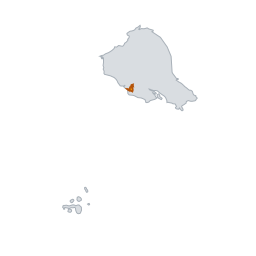 Portoviejo, Manabi, Ecuador shown in context, rotated 292°
{"feature_id": "8360857B28339541752257", "entity_name": "Portoviejo", "entity_type": "district", "adm_level": 2, "iso_a3": "ECU", "parent_name": "Ecuador", "parent_adm1": "Manabi", "projection": "equal_earth", "projection_center": [-80.352, -0.999], "detail": "fine", "context": "in_parent", "style": "filled", "palette": "amber", "viewbox_px": 256, "rotation_deg": 292, "n_neighbors": 0, "source": "geoboundaries", "source_scale": "gbopen_adm2", "svg_char_len": 5608}
<svg xmlns="http://www.w3.org/2000/svg" viewBox="0 0 256 256"><g transform="rotate(292 128 128)"><path d="M227.7,100.7L227.0,101.3L225.3,101.5L224.0,101.0L223.5,101.0L223.4,101.6L225.1,103.0L226.0,105.7L227.2,107.3L227.9,108.1L228.0,108.7L227.7,109.7L227.7,110.6L228.1,114.6L227.8,114.9L226.9,114.9L226.2,114.2L224.2,124.1L217.8,134.0L210.6,141.1L202.3,145.1L196.2,148.0L195.3,149.0L192.3,154.0L192.1,154.5L192.5,155.4L192.6,155.9L192.1,156.3L191.7,156.3L191.6,156.0L191.4,155.4L191.0,154.8L190.6,154.7L190.3,154.8L190.3,155.4L189.7,158.0L189.6,159.4L189.4,159.9L189.4,161.0L188.8,162.1L188.3,163.9L187.8,164.5L187.1,167.3L186.2,170.0L186.1,171.0L186.4,171.7L186.5,172.2L186.1,173.9L184.0,175.6L183.4,176.4L183.2,177.4L183.3,178.1L183.3,178.8L182.6,179.0L181.9,180.6L181.4,181.0L180.0,180.4L179.0,180.4L178.3,179.9L176.7,177.3L176.2,175.7L176.0,173.6L174.5,172.2L172.6,172.5L172.0,172.0L170.6,171.1L169.3,170.1L168.4,169.6L167.7,169.8L166.5,171.5L165.4,172.3L164.9,172.3L164.3,171.8L164.2,171.2L165.8,168.1L164.6,168.1L164.2,167.4L164.1,166.7L163.9,165.8L164.1,164.9L164.8,164.3L165.8,164.8L166.4,164.8L166.9,163.9L167.8,163.2L167.9,162.7L167.5,161.2L167.3,160.4L167.5,159.9L167.4,158.3L167.1,157.7L167.1,156.9L166.9,156.4L166.8,155.3L166.2,154.6L168.2,153.6L168.9,152.8L169.8,152.0L170.6,150.9L171.1,149.8L172.3,144.6L173.4,141.4L173.2,139.8L172.3,137.7L172.1,134.6L172.2,133.7L172.0,133.0L171.4,134.2L171.6,138.8L171.0,140.9L170.3,141.4L169.8,141.0L170.0,137.7L169.5,138.3L168.6,140.5L167.1,142.2L167.0,142.8L166.6,143.5L165.5,142.8L164.6,142.1L161.8,138.4L159.9,137.6L158.8,136.3L158.5,135.7L158.4,135.0L159.5,134.2L160.7,133.1L160.8,130.8L160.8,128.9L159.9,125.8L160.3,121.7L160.1,120.1L159.1,116.7L159.9,115.0L162.5,113.7L163.4,112.9L164.0,110.2L164.6,108.6L165.8,109.2L166.7,109.2L165.4,108.6L164.4,106.1L164.2,105.0L166.2,101.7L167.2,100.8L168.5,99.1L169.6,96.4L169.8,92.2L169.4,89.2L169.0,86.1L169.7,85.2L171.3,84.8L172.6,83.8L173.3,82.9L174.8,83.0L176.6,81.5L179.5,80.8L183.6,79.1L184.4,77.7L184.0,75.0L185.5,76.6L186.2,77.9L188.3,79.3L190.7,81.8L192.3,83.0L194.1,84.2L196.6,85.4L198.2,85.2L198.8,87.1L199.4,87.6L200.9,88.3L201.0,88.5L201.6,92.0L201.9,92.5L203.2,93.0L204.7,93.2L205.3,93.1L206.7,94.1L208.8,94.9L209.6,95.0L209.9,94.8L210.0,94.5L210.7,94.6L211.6,95.0L212.9,95.1L213.7,94.7L213.9,92.7L214.2,92.3L215.1,91.6L215.6,91.7L218.1,93.3L218.6,93.8L219.2,94.9L220.4,96.5L221.7,97.5L223.6,97.9L225.5,99.6L227.7,100.7ZM32.6,98.6L33.3,99.6L33.7,102.6L36.2,105.8L36.5,107.6L36.3,108.4L36.4,108.8L37.6,110.0L38.3,111.3L37.1,114.4L34.3,115.7L31.4,115.7L30.8,115.4L30.0,114.2L29.9,113.1L30.3,112.1L31.8,110.6L34.1,109.2L34.4,108.2L33.5,107.1L32.8,105.1L31.4,103.7L30.7,99.4L30.2,99.1L29.2,99.7L28.7,99.2L28.6,98.9L29.7,97.9L29.9,97.2L31.5,96.9L32.2,97.5L32.6,98.6ZM44.0,111.7L43.4,111.7L41.5,110.1L41.6,108.5L42.4,107.5L44.8,106.9L45.8,107.9L45.7,109.8L44.9,111.2L44.3,111.4L44.0,111.7ZM168.5,147.8L168.3,148.5L167.1,148.4L166.8,148.2L167.1,145.2L167.4,144.2L168.3,143.3L169.1,142.8L170.2,142.9L171.2,143.8L170.0,145.3L169.0,145.7L168.5,147.8ZM30.7,106.5L29.5,106.8L28.4,106.3L28.0,105.4L27.9,104.1L28.0,103.6L30.3,103.2L31.0,104.3L31.0,105.9L30.7,106.5ZM55.2,113.9L53.8,114.6L53.0,114.0L52.9,113.6L53.7,112.6L54.4,112.0L55.1,110.8L56.4,110.1L56.8,110.3L57.0,110.5L57.1,110.9L56.7,111.9L55.9,112.5L55.2,113.9ZM41.1,104.5L40.5,105.0L38.2,104.4L37.5,103.4L38.1,102.1L38.6,101.6L39.9,102.1L41.3,103.5L41.1,104.5ZM42.9,121.0L42.4,121.0L41.8,120.3L42.3,119.0L43.2,119.7L43.5,120.2L42.9,121.0ZM183.4,78.4L182.7,78.5L182.4,77.7L183.3,76.8L183.5,76.6L183.4,78.4Z" fill="#d9dde1" stroke="#a8b0b8" stroke-width="1"/><path d="M168.8,115.7L168.7,115.7L168.4,115.5L168.4,115.4L168.5,115.3L168.5,115.2L168.4,115.2L168.2,115.0L167.9,115.1L167.7,115.2L167.7,115.3L167.6,115.5L167.5,115.4L167.5,115.5L167.5,115.4L167.4,115.4L167.3,115.5L167.2,115.5L167.2,115.4L167.0,115.2L166.9,115.1L166.7,114.8L166.5,114.5L166.4,114.5L166.2,114.6L165.9,114.7L165.7,114.7L165.4,114.7L165.2,114.7L164.9,114.7L164.9,114.8L164.9,115.0L164.8,114.9L164.8,115.0L164.7,115.0L164.7,114.9L164.7,115.0L164.7,114.9L164.4,114.8L164.2,114.8L164.2,114.7L164.0,114.8L163.9,114.8L163.9,114.7L163.8,114.4L163.7,114.4L163.6,114.2L163.7,113.9L163.9,113.9L163.9,113.7L164.0,113.5L164.0,113.4L164.1,113.2L164.0,112.9L164.0,112.7L163.9,112.7L163.9,112.4L163.8,112.2L163.7,112.6L163.5,113.3L163.4,113.5L163.3,113.8L163.1,114.1L163.0,114.3L163.2,114.5L163.3,114.6L163.2,114.6L163.3,114.6L163.4,114.8L163.4,115.1L163.5,115.3L163.5,115.5L163.5,115.8L163.4,116.0L163.5,116.2L163.5,116.3L163.4,116.3L163.5,116.4L163.5,116.5L163.6,116.8L163.7,116.7L163.8,116.7L163.8,116.8L163.8,117.0L163.7,117.1L163.4,117.1L163.4,117.3L163.4,117.5L163.4,117.8L163.5,117.8L163.5,118.0L163.6,118.3L163.5,118.5L163.8,118.5L163.9,118.4L164.1,118.3L164.1,118.2L164.3,118.2L164.5,118.1L164.8,118.2L164.9,118.3L165.0,118.2L165.3,118.1L165.5,118.0L165.8,118.0L165.9,117.9L166.0,117.9L166.1,117.7L166.2,117.4L166.4,117.2L166.5,117.2L166.7,116.9L166.8,117.0L166.9,116.9L167.0,116.8L167.3,116.9L167.4,116.7L167.5,116.8L167.8,116.8L168.0,116.8L168.2,116.7L168.3,116.8L168.4,116.7L168.4,116.8L168.5,116.9L168.5,117.0L168.6,116.9L168.8,116.7L169.0,116.6L169.2,116.4L169.2,116.5L169.3,116.4L169.4,116.5L169.5,116.4L169.6,116.5L169.8,116.6L169.9,116.4L169.9,116.2L170.0,116.2L169.9,116.1L170.0,116.1L169.9,116.0L170.0,116.0L170.0,115.9L169.9,115.8L169.8,115.7L169.8,115.8L169.7,115.8L169.6,115.7L169.5,115.8L169.4,115.8L169.4,115.7L169.2,115.8L169.1,116.1L168.9,116.0L168.8,115.9L168.7,116.0L168.7,115.9L168.8,115.8L168.8,115.7Z" fill="#f59e0b" stroke="#b45309" stroke-width="1.5"/></g></svg>